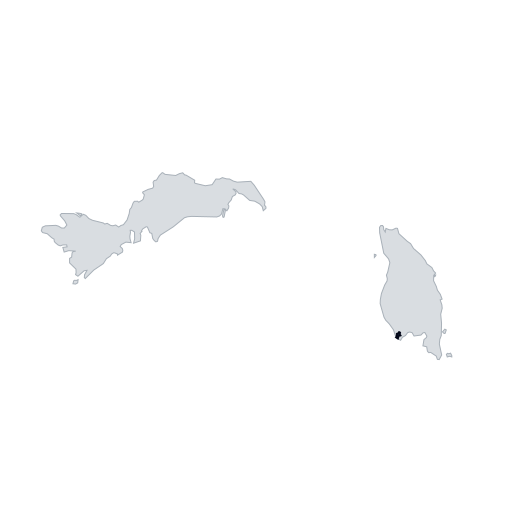 Kota Bharu, Kelantan, Malaysia (highlighted), rotated 194°
{"feature_id": "92858781B26165935379781", "entity_name": "Kota Bharu", "entity_type": "district", "adm_level": 2, "iso_a3": "MYS", "parent_name": "Malaysia", "parent_adm1": "Kelantan", "projection": "mercator", "projection_center": [102.27, 6.05], "detail": "fine", "context": "in_parent", "style": "filled", "palette": "ink", "viewbox_px": 512, "rotation_deg": 194, "n_neighbors": 0, "source": "geoboundaries", "source_scale": "gbopen_adm2", "svg_char_len": 4736}
<svg xmlns="http://www.w3.org/2000/svg" viewBox="0 0 512 512"><g transform="rotate(194 256 256)"><path d="M433.7,254.7L431.0,254.3L427.2,251.9L423.3,251.1L412.1,251.1L410.5,250.4L408.3,251.7L404.4,250.5L402.2,250.7L399.7,252.1L396.2,250.9L394.5,252.9L392.2,254.3L389.8,259.8L389.3,266.5L389.7,270.6L388.6,272.9L388.1,277.6L387.3,279.6L384.1,280.5L382.8,279.8L379.9,282.7L379.2,283.9L379.1,288.4L381.3,289.9L381.3,290.8L376.7,294.6L372.7,296.8L372.1,298.7L373.7,302.7L373.0,304.6L370.9,305.6L369.3,310.7L367.4,313.9L366.7,314.3L364.0,313.2L353.4,314.7L350.2,317.4L347.2,319.0L344.8,317.4L343.6,317.6L333.8,314.7L333.4,312.2L332.4,311.8L322.2,311.9L315.8,314.6L313.5,321.0L310.1,321.7L307.6,323.9L303.2,323.7L300.4,324.3L296.1,323.2L292.1,323.1L279.1,327.2L274.9,324.3L262.2,312.7L260.4,310.7L260.0,307.2L258.6,306.5L258.1,305.6L257.9,304.6L259.9,301.7L261.9,305.4L265.1,307.4L270.5,308.9L275.6,308.4L282.8,312.2L285.1,312.8L287.6,312.5L292.0,315.4L294.8,315.5L291.1,313.5L290.5,312.0L290.9,310.3L293.3,308.0L293.6,304.4L295.4,300.9L295.7,299.2L294.4,298.0L294.2,295.8L295.2,292.8L297.6,294.3L299.6,293.9L299.6,288.4L301.1,286.0L303.5,284.4L327.9,278.9L331.9,277.5L334.6,275.9L343.4,264.2L353.8,253.2L355.2,249.3L355.1,246.5L355.8,245.9L356.9,245.5L359.2,246.9L360.4,248.0L362.6,252.7L364.6,252.9L368.0,257.4L368.8,258.0L369.8,257.7L372.5,254.8L373.2,252.6L372.6,252.3L373.9,249.9L372.8,248.3L371.8,242.7L377.9,238.8L377.9,243.3L379.7,249.9L382.8,250.9L384.3,250.5L383.5,248.5L383.2,244.6L382.3,242.0L380.4,238.7L385.6,238.0L389.5,234.5L390.1,232.3L387.6,231.0L386.6,229.3L386.5,227.5L390.6,223.3L391.0,224.5L393.6,224.8L394.8,224.8L396.5,223.1L397.4,220.6L400.5,217.2L402.3,211.7L410.0,203.1L416.2,192.8L417.4,193.6L417.8,196.4L416.5,201.2L419.2,200.1L423.9,193.3L426.6,194.3L426.5,196.2L427.5,199.7L435.2,204.2L436.3,208.6L434.6,210.3L435.2,214.5L434.6,215.9L432.1,217.1L439.0,215.9L443.1,213.4L445.5,217.6L441.5,219.2L442.4,221.0L446.1,220.0L448.4,218.5L450.7,218.8L454.2,220.5L455.3,221.5L456.0,223.5L458.6,224.3L463.9,227.1L468.7,227.1L470.4,228.5L470.3,232.2L467.7,234.3L457.7,237.3L455.0,237.2L451.3,236.1L448.7,236.8L447.0,240.3L450.1,243.8L455.3,247.5L456.0,248.4L455.0,250.2L443.1,253.0L440.7,252.7L436.3,251.0L433.7,254.7ZM51.9,204.9L53.2,199.8L55.0,199.6L56.9,202.5L63.1,204.7L65.0,204.0L65.8,204.5L66.7,205.2L68.4,209.2L72.3,209.2L72.8,215.5L71.0,218.0L70.8,219.6L73.7,222.6L75.3,221.9L76.8,219.2L83.3,216.6L86.0,219.4L88.5,219.4L90.3,218.4L91.7,215.0L94.3,212.5L95.3,209.2L99.0,210.1L100.5,210.8L104.7,217.6L110.3,222.4L114.5,225.0L117.0,227.6L124.0,239.8L124.8,243.8L125.2,249.9L124.1,259.0L122.8,263.5L123.1,265.7L124.8,269.0L124.3,272.1L124.5,281.9L126.7,285.3L132.7,289.6L141.6,308.4L143.1,313.7L142.3,315.7L140.6,316.2L139.3,315.1L138.5,312.6L136.4,310.5L136.6,314.2L132.8,313.7L130.1,314.3L126.9,316.9L125.4,317.0L122.7,312.2L112.7,306.8L109.0,305.4L105.0,301.4L96.2,296.9L90.6,292.5L88.3,289.7L82.5,287.3L80.1,284.5L77.6,282.9L78.9,280.2L77.7,274.9L73.7,270.1L71.7,266.7L67.9,263.4L65.0,259.2L66.7,258.0L63.8,253.5L62.7,250.3L62.7,244.2L59.7,235.6L57.0,223.6L57.5,219.5L56.8,214.9L51.9,204.9ZM424.2,188.9L422.9,190.0L422.5,186.8L424.3,185.1L426.9,184.8L426.9,187.7L426.3,188.5L424.2,188.9ZM46.0,204.3L47.5,206.7L46.4,208.0L45.4,207.7L43.7,208.8L41.8,206.5L41.6,205.4L43.8,205.6L46.0,204.3ZM298.4,293.2L297.7,293.5L296.7,292.7L296.4,286.1L297.2,285.5L298.2,286.8L298.4,293.2ZM56.7,227.5L55.1,230.7L53.5,230.3L53.8,226.7L54.7,226.3L56.7,227.5ZM440.4,254.4L437.4,254.8L435.3,254.8L435.6,253.0L436.6,252.7L440.4,254.4ZM141.6,286.3L140.0,286.3L139.6,285.5L140.8,283.2L141.6,286.3ZM78.1,280.7L77.0,281.0L77.2,279.7L78.0,278.9L78.1,280.7Z" fill="#d9dde1" stroke="#a8b0b8" stroke-width="1"/><path d="M97.9,212.6L97.9,212.9L97.9,213.1L97.7,213.3L97.5,213.5L97.3,213.6L97.0,213.7L96.8,213.6L96.4,213.6L96.2,213.8L96.3,214.0L96.5,214.1L96.9,214.3L97.1,214.5L97.3,214.8L97.5,215.0L97.6,215.3L97.6,215.6L97.5,215.9L97.4,216.0L97.3,216.3L97.4,216.5L97.6,216.6L97.9,216.8L98.0,216.9L98.4,216.9L98.5,216.9L98.7,217.0L98.8,217.0L98.8,216.9L99.0,216.7L99.0,216.3L99.0,216.1L99.2,215.9L99.2,215.7L99.5,215.6L99.6,215.3L99.9,215.2L100.0,215.2L100.3,215.0L100.3,214.8L100.3,214.4L100.5,214.4L100.4,214.2L100.2,214.1L100.1,213.9L100.0,213.7L100.4,213.4L100.5,213.4L100.6,213.2L100.5,212.9L100.4,212.9L100.2,212.8L100.1,212.7L99.9,212.5L99.7,212.3L99.7,212.2L99.8,212.1L100.0,212.1L100.3,212.1L100.4,211.9L100.4,211.7L100.2,211.3L100.3,211.2L100.5,211.0L100.6,210.9L100.2,210.7L99.9,210.5L99.6,210.5L99.4,210.5L99.2,210.4L98.9,210.2L98.7,210.1L98.1,210.0L98.1,210.3L98.3,210.5L98.4,210.8L98.3,211.0L98.2,211.2L98.1,211.5L98.1,211.9L98.1,212.1L97.9,212.3L97.9,212.5L97.9,212.6Z" fill="#0f172a" stroke="#020617" stroke-width="1.5"/></g></svg>